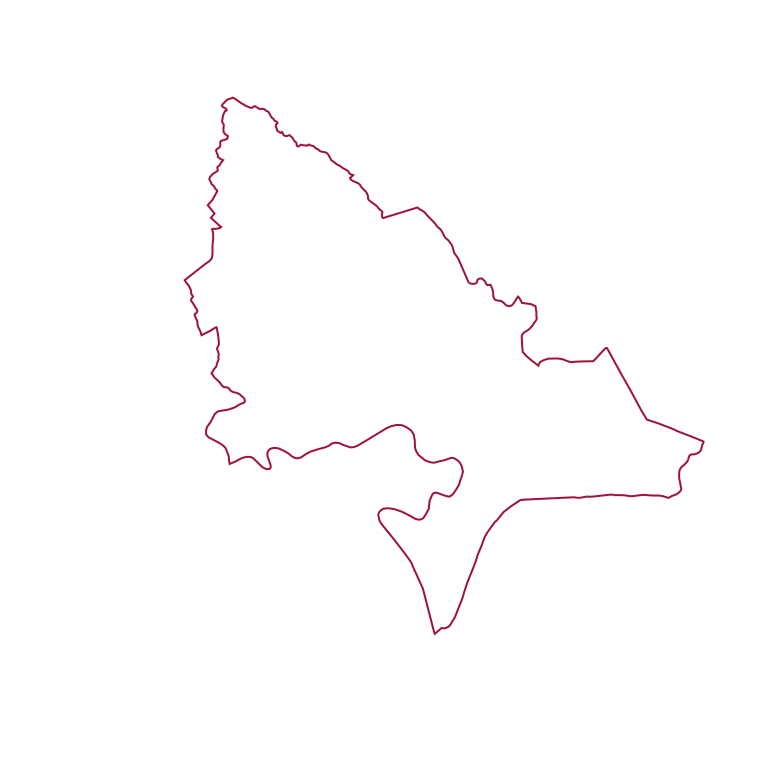 Long Dien, Bà Rịa - Vũng Tàu, Vietnam (Robinson projection), rotated 308°
{"feature_id": "81297802B9398077823445", "entity_name": "Long Dien", "entity_type": "district", "adm_level": 2, "iso_a3": "VNM", "parent_name": "Vietnam", "parent_adm1": "Bà Rịa - Vũng Tàu", "projection": "robinson", "projection_center": [107.23, 10.446], "detail": "fine", "context": "isolated", "style": "outline", "palette": "rose", "viewbox_px": 768, "rotation_deg": 308, "n_neighbors": 0, "source": "geoboundaries", "source_scale": "gbopen_adm2", "svg_char_len": 6146}
<svg xmlns="http://www.w3.org/2000/svg" viewBox="0 0 768 768"><g transform="rotate(308 384 384)"><path d="M226.0,311.6L231.7,314.8L237.1,317.1L240.0,318.9L242.8,321.5L244.5,324.2L245.0,326.7L243.6,339.8L244.5,343.8L246.5,346.0L248.3,346.2L250.4,344.4L255.3,336.7L257.8,334.6L260.2,333.9L262.5,334.2L264.7,335.5L266.5,337.4L268.1,340.0L269.0,343.1L270.1,348.7L270.4,351.8L270.3,356.6L271.3,360.5L272.9,362.2L274.7,363.6L281.9,366.1L285.3,367.6L292.3,372.4L297.4,376.3L301.3,378.6L304.7,379.5L306.6,380.6L308.2,382.3L310.1,385.7L310.7,388.9L313.4,396.6L315.7,399.1L318.7,401.0L334.4,407.1L350.0,412.9L355.1,415.6L359.2,418.8L362.6,423.5L363.7,427.9L364.0,431.3L363.9,434.4L362.6,438.3L358.6,442.9L352.9,447.6L350.7,451.0L349.3,455.0L349.1,463.2L350.3,467.4L351.7,470.3L353.3,472.4L357.6,475.5L360.7,478.2L366.9,482.2L367.9,483.3L368.7,485.2L369.1,488.6L369.0,491.5L367.2,495.7L363.4,500.3L359.6,501.9L354.9,503.5L351.1,505.0L345.8,505.8L340.3,506.1L337.5,505.7L335.2,504.6L333.4,500.5L331.3,494.0L330.2,491.5L328.6,490.3L326.7,490.1L320.1,491.8L313.1,496.2L306.2,497.3L302.4,497.5L300.2,496.6L298.4,494.8L297.1,492.0L295.6,482.6L294.1,475.8L291.6,468.8L288.4,463.4L285.4,460.3L282.1,459.2L279.7,459.1L277.3,460.0L273.9,464.1L272.3,467.6L267.6,487.9L263.3,504.8L260.2,515.2L257.9,519.2L246.6,540.8L219.8,575.6L218.4,577.8L227.1,579.6L228.4,581.8L230.4,583.3L232.7,584.3L234.8,584.5L241.1,583.8L244.4,583.3L263.3,577.7L270.7,574.8L279.6,571.7L299.5,565.9L308.1,562.7L316.7,560.4L325.6,557.5L331.0,556.8L343.6,556.3L345.8,556.9L357.0,557.1L366.6,559.6L376.5,562.9L379.3,565.8L411.6,603.3L413.5,606.6L414.8,608.3L420.0,613.0L423.2,617.2L436.1,630.4L437.7,632.6L438.7,634.6L440.3,636.5L444.0,641.5L446.9,646.6L448.3,648.6L456.1,656.3L460.7,663.2L465.6,669.7L467.2,672.5L469.2,677.9L469.9,678.6L472.8,679.7L477.0,682.3L479.5,683.1L481.9,683.4L483.6,683.2L484.4,682.8L491.8,674.3L495.1,671.8L497.7,670.1L499.3,669.7L501.7,669.6L505.9,670.4L508.8,670.7L511.4,670.4L514.3,669.1L515.8,668.8L517.3,669.2L520.0,672.2L522.3,673.6L523.9,674.3L525.7,674.5L527.3,674.4L531.8,672.3L534.1,672.0L535.4,671.2L532.5,660.8L527.5,644.3L526.2,638.6L521.6,623.7L517.8,613.0L521.5,603.3L531.3,580.9L537.4,566.0L549.6,537.6L549.5,537.2L548.8,536.7L546.9,536.3L531.5,535.0L530.4,534.4L522.4,524.6L518.2,519.8L516.4,518.1L515.0,514.6L513.3,509.0L510.7,504.7L505.4,498.2L501.4,495.3L497.5,493.5L495.0,493.8L493.5,494.4L493.4,485.7L493.7,479.3L494.6,473.7L497.7,470.7L506.4,463.1L508.3,462.4L510.8,462.7L516.2,464.6L519.8,465.0L528.7,464.5L529.9,463.9L531.1,462.5L534.5,459.8L538.7,455.4L537.9,453.2L537.8,452.1L537.3,450.4L532.8,442.7L533.9,440.7L535.2,437.2L535.4,435.8L534.2,435.7L530.1,436.3L525.9,436.5L524.2,436.1L522.4,434.8L521.2,432.1L521.7,427.6L521.5,424.9L520.3,423.2L518.8,420.1L518.7,419.2L520.3,416.2L523.8,413.2L525.9,410.5L527.7,406.8L525.6,404.7L525.7,403.0L527.0,400.5L527.5,396.2L525.2,393.9L523.3,393.6L521.8,394.5L520.0,394.5L518.1,393.1L516.4,390.4L516.1,389.2L516.4,387.6L528.6,365.2L530.6,358.4L534.2,353.7L535.0,352.5L535.4,351.4L536.8,346.4L536.9,342.5L537.5,340.8L539.9,335.6L540.6,333.4L540.8,329.0L542.0,325.1L543.2,315.8L544.3,310.0L544.2,307.7L543.6,304.6L543.7,301.7L514.3,281.2L514.1,280.8L514.3,280.0L515.3,278.8L516.2,278.0L518.4,277.0L518.8,276.1L519.0,271.9L519.7,269.1L519.8,267.3L519.5,259.6L519.8,258.2L520.5,257.0L521.9,256.0L522.6,255.1L523.8,253.0L524.4,251.3L525.1,245.3L526.3,242.0L526.3,240.5L524.8,233.8L524.6,232.5L524.9,231.4L525.3,230.5L529.6,231.1L528.7,228.7L528.7,227.2L529.5,225.1L529.7,224.0L528.7,217.9L528.8,216.7L528.7,214.4L528.1,212.6L528.0,204.6L530.4,199.0L530.8,197.1L530.5,195.2L528.7,191.8L528.1,190.0L528.3,187.4L527.7,186.0L528.1,182.1L527.0,179.8L526.4,177.3L524.5,176.8L524.1,175.8L522.6,173.8L521.7,171.6L521.1,171.1L518.9,170.6L518.0,169.7L518.3,168.4L519.8,166.8L520.1,166.2L520.4,163.3L521.6,160.7L521.9,157.1L521.8,156.3L521.6,155.9L520.2,155.3L518.7,153.8L518.3,151.5L519.8,148.8L519.7,148.3L518.5,148.2L518.1,147.8L517.9,143.8L519.2,142.4L519.8,140.7L520.9,139.8L522.1,139.2L523.6,139.5L524.2,139.3L524.6,138.8L524.2,135.2L524.8,133.8L524.9,131.2L525.6,129.3L526.5,127.7L526.8,126.3L527.2,125.4L527.2,124.6L526.6,122.3L526.9,121.4L526.9,120.6L526.5,119.5L525.3,117.8L524.1,116.8L523.5,111.6L523.1,110.9L522.1,110.3L520.5,110.1L519.5,108.8L518.0,103.6L517.9,101.4L517.4,98.9L517.0,90.4L516.3,88.2L514.7,87.6L512.9,86.2L511.2,85.3L505.0,84.6L503.5,84.9L503.1,86.1L503.5,89.3L503.5,90.5L503.2,91.2L502.9,91.5L502.2,91.4L501.1,90.7L498.1,91.4L496.1,92.0L491.0,94.9L489.9,97.8L488.9,98.7L485.7,100.7L484.3,102.0L483.8,102.6L483.4,103.6L483.2,104.9L483.3,108.5L480.5,109.5L475.0,105.8L473.5,106.2L471.2,108.2L470.5,108.5L468.6,108.6L466.1,107.7L464.7,107.7L462.9,110.4L462.1,112.2L460.6,113.2L460.7,116.4L461.4,119.4L458.1,119.3L455.7,119.8L452.2,119.2L450.0,121.4L449.4,121.6L443.6,119.7L440.0,119.5L438.1,120.0L437.5,120.7L436.4,123.6L435.4,124.9L435.2,128.6L434.2,130.3L433.8,133.4L433.2,133.9L423.2,135.5L416.4,135.0L414.0,145.5L408.4,145.3L407.4,157.7L407.6,158.9L406.4,158.9L404.3,157.4L401.9,155.1L401.1,153.7L400.0,153.2L399.7,153.5L398.8,155.2L398.0,156.1L394.0,159.5L387.8,163.4L380.9,168.8L377.1,170.9L373.4,170.8L368.8,169.3L343.1,163.0L342.4,164.9L341.2,169.8L339.1,174.1L336.2,176.8L335.5,179.4L335.0,179.7L332.8,179.7L331.4,180.2L330.7,181.1L330.2,183.3L327.0,191.6L326.0,192.3L324.7,192.4L322.7,191.9L321.9,192.1L321.4,192.7L318.7,198.0L316.6,199.9L314.7,202.1L312.5,206.8L310.1,210.2L318.6,214.2L324.5,216.3L325.6,217.1L321.4,222.1L316.0,227.5L313.5,229.6L310.1,230.3L308.7,230.9L307.7,232.7L305.9,235.4L303.9,236.4L301.3,238.6L297.0,239.9L294.5,241.1L291.4,240.9L286.9,241.4L286.0,241.7L285.7,244.2L285.0,245.2L284.7,247.2L284.3,252.9L282.9,257.9L283.0,259.8L284.4,261.9L284.9,263.3L285.1,265.0L284.5,266.0L284.4,268.3L284.8,270.3L286.2,273.1L287.0,276.2L286.8,281.4L286.3,283.3L284.8,285.0L283.4,285.3L279.3,282.9L273.5,280.7L268.0,277.1L261.1,270.7L259.4,269.8L256.1,269.1L247.6,270.7L240.8,271.1L237.5,272.6L235.3,274.3L234.4,276.0L234.0,278.8L235.8,288.5L236.4,293.8L236.4,295.9L235.9,298.8L231.7,305.8L227.3,310.0L226.0,311.6Z" fill="none" stroke="#9f1239" stroke-width="2"/></g></svg>